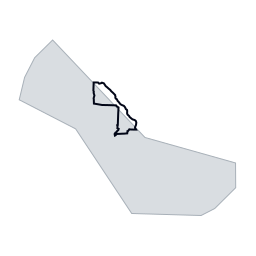 Mangilao, Guam (highlighted), rotated 272°
{"feature_id": "77769853B74833203647496", "entity_name": "Mangilao", "entity_type": "district", "adm_level": 2, "iso_a3": "GUM", "parent_name": "Guam", "parent_adm1": "", "projection": "albers", "projection_center": [144.825, 13.463], "detail": "fine", "context": "in_parent", "style": "outline", "palette": "ink", "viewbox_px": 256, "rotation_deg": 272, "n_neighbors": 0, "source": "geoboundaries", "source_scale": "gbopen_adm2", "svg_char_len": 1511}
<svg xmlns="http://www.w3.org/2000/svg" viewBox="0 0 256 256"><g transform="rotate(272 128 128)"><path d="M96.8,236.7L72.1,237.7L50.6,217.5L43.1,204.1L42.7,134.7L125.3,75.7L152.4,18.3L175.0,22.9L195.0,32.3L213.3,49.6L119.1,145.3L96.8,236.7Z" fill="#d9dde1" stroke="#a8b0b8" stroke-width="1"/><path d="M121.8,114.9L121.0,114.9L120.0,115.2L120.6,116.1L121.6,116.6L122.2,123.7L122.2,124.1L122.6,127.4L124.8,127.6L124.8,128.0L126.5,129.2L126.4,129.3L126.6,129.9L126.6,133.7L126.7,136.1L128.2,135.1L129.0,135.0L131.4,135.9L133.6,136.1L133.9,136.1L135.4,135.5L136.2,134.4L136.8,132.2L137.5,131.2L139.1,129.2L140.0,128.7L140.6,128.0L141.2,127.3L141.5,127.0L142.6,126.6L144.9,126.6L145.1,126.6L146.1,126.3L146.8,125.2L148.5,124.4L149.0,124.0L150.0,123.1L150.7,121.2L151.1,120.3L151.8,119.3L152.5,118.8L152.7,118.6L154.0,117.5L154.8,116.6L155.7,116.2L156.5,115.7L156.9,114.8L157.8,114.3L159.1,114.4L159.9,114.0L160.5,114.0L160.9,113.6L162.8,111.6L164.1,110.0L165.2,109.1L165.4,109.0L166.5,107.5L168.5,105.1L169.0,104.3L170.3,103.4L171.8,102.3L172.4,100.3L171.9,99.7L171.3,97.6L172.4,96.5L172.4,94.1L172.3,92.1L164.2,92.1L162.9,92.6L162.6,92.5L162.0,92.4L159.3,93.3L156.5,92.6L155.6,92.8L151.2,93.1L150.7,97.0L150.1,101.2L150.1,101.5L150.2,108.1L150.2,109.5L150.2,115.3L149.3,116.0L149.1,116.2L148.2,117.8L141.7,117.7L135.4,117.7L133.7,117.7L130.6,117.7L130.4,117.1L128.9,117.5L127.4,117.4L126.8,118.7L125.4,118.3L124.8,117.4L123.4,116.6L123.1,115.8L121.8,114.9Z" fill="none" stroke="#020617" stroke-width="2"/></g></svg>